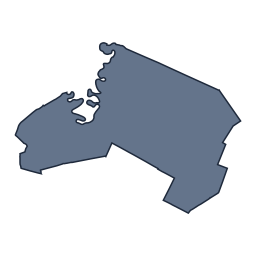 the district of Sutesti, Braila, Romania
{"feature_id": "2599482B82719794647179", "entity_name": "Sutesti", "entity_type": "district", "adm_level": 2, "iso_a3": "ROU", "parent_name": "Romania", "parent_adm1": "Braila", "projection": "albers", "projection_center": [27.441, 45.228], "detail": "fine", "context": "isolated", "style": "filled", "palette": "slate", "viewbox_px": 256, "rotation_deg": 0, "n_neighbors": 0, "source": "geoboundaries", "source_scale": "gbopen_adm2", "svg_char_len": 5535}
<svg xmlns="http://www.w3.org/2000/svg" viewBox="0 0 256 256"><path d="M240.6,121.0L219.5,90.7L219.2,90.0L218.5,90.1L184.9,74.9L167.0,66.7L158.6,62.8L149.7,59.0L140.9,55.2L126.5,48.9L126.2,48.8L124.5,47.2L124.1,46.8L123.3,46.2L122.8,45.9L122.4,45.7L121.5,45.6L121.0,45.6L120.8,45.6L119.8,45.3L119.2,45.0L118.3,44.9L117.6,44.7L116.7,44.6L116.1,44.5L115.9,44.4L115.8,43.9L115.4,43.4L114.7,43.2L114.0,43.1L112.9,43.3L112.1,43.7L110.6,44.8L109.6,45.3L108.4,45.3L106.8,45.1L106.9,43.9L106.2,43.6L105.5,43.3L104.3,42.9L103.0,42.9L102.1,43.2L101.3,43.5L100.7,44.0L100.2,44.6L99.9,45.3L99.7,46.5L99.7,47.1L99.8,48.5L100.0,49.4L100.3,49.9L100.9,50.4L101.9,51.0L102.5,51.2L103.0,51.5L103.5,52.1L103.7,52.5L103.9,52.9L104.2,53.2L105.0,53.7L105.8,54.0L106.6,54.2L107.3,54.3L108.3,54.2L109.2,53.9L110.8,53.5L111.4,53.0L111.7,52.3L111.8,51.7L112.0,51.0L112.5,50.4L113.1,50.2L113.7,50.3L114.2,50.7L114.6,51.2L114.9,52.0L114.9,52.4L114.9,53.0L114.9,53.4L114.8,53.7L114.5,54.9L114.2,55.4L113.8,56.0L113.3,56.9L113.0,57.1L112.4,57.1L112.0,57.4L111.6,57.8L111.1,58.5L110.8,59.0L110.6,59.5L110.4,60.8L110.2,61.5L109.9,62.0L109.5,62.5L109.2,62.8L108.6,63.1L108.0,63.4L107.5,63.5L107.0,63.5L106.6,63.5L105.7,63.4L105.1,63.4L104.6,63.4L103.9,63.5L103.6,63.8L103.5,64.0L103.4,64.3L103.5,64.6L103.7,65.5L103.9,66.4L104.0,66.8L104.0,67.0L104.0,67.3L103.8,67.7L103.7,68.0L103.4,68.3L103.0,68.6L102.7,68.8L102.2,69.1L101.2,69.5L100.6,69.8L100.3,70.0L100.0,70.3L99.9,70.6L99.5,71.0L98.9,71.7L98.5,72.3L98.1,73.5L98.0,73.9L98.0,74.5L98.2,75.0L98.3,75.3L98.8,76.1L99.9,77.7L100.6,78.2L101.2,78.3L102.0,78.2L102.8,77.8L103.6,77.7L104.2,77.8L104.8,78.1L105.4,78.8L105.6,79.9L105.2,80.6L104.6,81.1L103.6,81.2L102.8,81.2L101.9,80.9L101.0,80.4L100.5,80.0L99.8,79.5L98.9,79.2L98.3,79.2L97.7,79.3L97.0,79.5L96.3,80.1L96.0,80.5L95.8,81.1L95.8,81.4L95.7,82.6L95.8,83.2L95.9,84.3L96.1,84.9L96.5,86.5L97.1,88.0L97.8,89.3L98.9,91.0L100.1,91.9L100.6,92.4L100.8,92.8L100.5,93.2L100.0,93.4L99.1,93.6L98.0,93.6L96.5,93.7L95.6,93.7L94.5,93.4L93.6,93.1L92.5,92.6L92.0,92.3L91.6,91.7L91.3,91.0L90.9,90.0L90.5,89.5L89.9,89.3L89.5,89.3L88.9,89.5L88.5,89.9L88.2,90.3L88.0,91.0L88.0,91.9L87.9,92.5L87.9,93.3L87.7,94.1L87.7,95.3L87.9,95.8L88.2,96.2L88.5,96.4L89.0,96.6L89.6,96.6L90.2,96.5L91.1,96.1L92.4,95.3L92.9,95.2L93.6,95.1L94.5,95.2L95.1,95.4L96.2,96.0L96.7,96.4L97.4,97.1L98.1,98.0L98.5,98.6L98.9,99.4L99.3,100.3L99.5,100.9L99.6,101.5L99.5,101.9L99.3,102.2L99.1,102.5L98.9,102.7L98.4,102.8L97.7,102.8L97.3,102.7L96.8,102.7L96.4,102.7L95.8,102.9L95.2,103.0L94.7,102.9L93.7,102.7L93.2,102.4L92.4,101.8L91.9,101.3L91.4,101.0L91.0,100.7L90.4,100.5L89.9,100.4L89.4,100.3L89.0,100.3L88.3,100.4L87.9,100.6L87.5,101.0L87.1,101.4L87.0,101.8L86.8,102.3L86.9,103.2L87.3,103.8L87.7,104.0L88.2,104.5L89.4,105.0L90.7,105.5L91.5,105.9L92.3,106.4L92.8,106.9L93.6,107.0L94.1,106.8L94.6,106.3L95.1,105.6L95.6,104.9L96.4,104.5L97.1,104.4L97.7,104.3L98.4,104.5L99.1,105.2L99.4,105.8L99.5,106.4L99.5,106.8L99.3,107.3L99.1,107.8L98.5,108.5L97.2,110.1L95.7,112.0L94.2,114.5L94.0,115.4L93.9,116.3L94.0,117.2L93.9,117.9L93.6,118.8L93.1,119.9L92.3,120.8L91.5,121.3L90.8,121.8L89.9,122.3L88.3,122.8L87.3,122.9L86.1,122.9L85.2,123.2L84.6,123.4L84.0,123.7L83.2,124.2L82.7,124.3L82.0,124.4L81.5,124.3L80.7,124.0L80.1,123.7L79.3,123.3L78.6,123.1L78.1,122.8L77.4,122.8L76.7,122.4L76.3,121.9L76.2,121.5L76.1,120.9L76.3,120.4L76.7,119.7L77.2,119.5L77.6,119.5L78.5,119.5L79.4,119.8L80.4,120.1L81.3,120.4L82.3,120.9L83.4,121.0L84.6,120.7L85.3,119.9L85.4,119.1L84.9,118.2L84.3,117.6L83.6,117.1L82.8,116.7L82.0,116.3L78.1,114.7L76.7,114.3L75.5,113.9L74.6,113.7L73.6,113.4L72.7,113.0L72.2,112.5L71.8,111.7L71.8,110.8L72.3,110.1L73.4,109.3L74.9,108.5L77.3,107.1L78.7,106.2L80.4,104.9L81.2,104.2L82.4,102.7L82.9,102.0L83.1,101.5L83.3,100.8L83.3,100.0L82.7,99.1L82.3,98.7L81.7,98.6L80.9,98.7L80.0,98.9L79.1,99.5L77.0,100.0L75.8,100.0L74.7,99.7L73.4,99.8L72.6,100.1L71.7,101.1L70.6,101.7L69.6,101.9L68.5,101.5L67.7,100.8L67.6,99.4L68.0,98.8L68.7,98.5L69.5,98.4L70.7,98.2L71.9,97.9L73.1,97.2L73.8,95.9L74.0,94.7L73.9,93.6L73.5,92.8L73.1,92.2L72.3,91.9L71.8,91.9L71.2,92.5L70.7,93.5L70.0,94.2L69.2,94.4L68.5,94.5L67.8,94.3L67.1,93.9L66.8,93.4L66.8,92.8L66.8,92.4L62.5,93.6L60.4,96.1L55.4,99.4L54.6,99.7L46.5,104.4L46.1,104.6L44.1,105.9L43.2,105.3L42.6,106.1L41.9,106.8L39.2,108.7L36.6,109.6L36.0,110.0L32.7,112.6L26.3,118.0L22.0,121.6L21.2,122.2L20.3,123.2L19.4,124.4L19.0,125.1L18.6,125.9L17.5,129.5L15.5,134.6L15.4,134.9L15.6,135.4L17.2,136.7L21.4,140.8L22.8,142.1L23.8,143.2L24.5,143.5L25.3,143.8L26.2,144.4L26.4,144.6L27.2,146.2L25.8,148.7L25.7,149.0L25.6,149.3L25.0,151.5L24.9,151.9L20.0,153.7L20.1,154.8L19.9,156.5L20.0,158.0L20.0,160.9L20.0,162.6L20.1,164.4L20.7,166.1L21.1,168.3L30.9,171.1L31.0,171.1L37.7,172.9L41.2,173.7L41.0,173.3L41.0,171.7L40.9,171.4L40.8,171.2L40.6,170.9L40.5,170.7L40.5,170.3L40.5,170.1L47.9,168.1L56.7,165.8L62.4,164.0L62.9,163.6L63.1,163.5L63.9,163.7L67.5,163.1L71.5,162.3L71.8,162.5L78.5,161.2L91.4,158.7L104.9,156.2L105.2,156.1L105.8,156.6L111.9,143.0L120.3,147.5L128.6,152.1L132.3,154.1L132.5,154.2L137.0,156.7L145.6,161.5L153.6,166.1L158.1,168.6L157.8,169.1L162.3,171.7L163.0,172.0L165.9,173.5L174.4,178.1L169.2,188.7L163.3,200.3L168.1,202.6L171.6,204.4L171.8,204.6L180.8,209.2L186.2,212.0L188.3,213.1L189.8,211.2L190.4,210.4L192.7,209.1L198.4,205.4L200.8,204.1L209.1,198.8L209.3,198.6L210.1,197.7L210.5,197.9L210.8,197.6L218.3,192.9L218.8,192.1L222.5,182.0L227.3,168.3L217.6,164.6L225.7,144.4L222.6,142.6L233.1,126.0L240.6,121.0Z" fill="#64748b" stroke="#1e293b" stroke-width="1.5"/></svg>